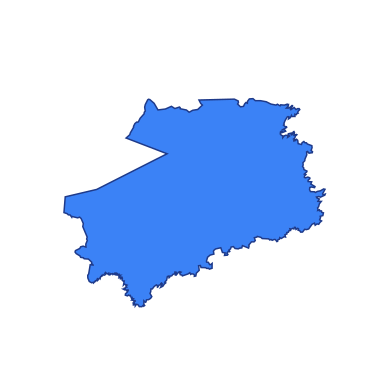 Akyem Mansa, Eastern, Ghana (Equal Earth projection), rotated 234°
{"feature_id": "2480657B32538733435540", "entity_name": "Akyem Mansa", "entity_type": "district", "adm_level": 2, "iso_a3": "GHA", "parent_name": "Ghana", "parent_adm1": "Eastern", "projection": "equal_earth", "projection_center": [-1.143, 6.082], "detail": "fine", "context": "isolated", "style": "filled", "palette": "blue", "viewbox_px": 384, "rotation_deg": 234, "n_neighbors": 0, "source": "geoboundaries", "source_scale": "gbopen_adm2", "svg_char_len": 5977}
<svg xmlns="http://www.w3.org/2000/svg" viewBox="0 0 384 384"><g transform="rotate(234 192 192)"><path d="M128.7,84.0L129.0,85.9L128.0,85.8L128.0,87.0L129.4,87.0L132.3,89.1L130.2,89.5L130.1,90.1L131.5,91.8L130.4,93.6L130.3,96.0L131.0,98.0L134.7,98.4L135.5,99.9L137.7,101.8L136.9,102.9L137.8,105.9L137.8,108.6L136.9,109.0L135.3,108.1L135.2,108.5L136.1,110.7L135.4,111.8L136.3,112.9L136.3,113.9L135.1,114.0L133.3,110.6L132.9,113.1L133.8,115.5L133.9,117.3L135.0,116.9L135.6,119.6L138.1,122.4L137.7,123.7L136.1,123.0L136.1,123.7L137.0,124.4L136.1,126.3L136.6,128.2L136.0,129.7L137.3,131.2L136.3,132.1L134.6,129.8L134.1,130.3L135.0,134.1L134.8,135.2L133.6,136.0L133.5,134.4L132.0,133.9L130.8,135.0L129.8,134.9L128.0,140.7L128.0,142.8L126.1,142.5L126.0,143.7L124.6,145.0L123.5,145.2L122.4,144.3L121.8,145.7L123.8,147.8L124.4,151.8L128.5,154.0L127.6,155.6L125.6,154.9L122.8,158.5L121.5,159.0L120.5,160.5L119.4,160.7L118.5,163.4L122.4,166.3L122.3,164.6L122.9,163.6L125.5,163.9L126.7,162.6L127.6,163.1L130.1,166.3L130.3,169.6L128.9,173.2L131.4,174.5L131.9,175.2L132.1,177.5L130.0,182.5L125.2,181.1L123.2,183.0L121.6,181.0L120.1,183.5L120.4,184.4L122.0,184.3L122.7,186.7L121.8,186.9L121.7,187.6L123.4,188.0L123.3,189.7L124.5,191.3L123.5,193.4L121.0,193.6L118.8,196.0L118.6,197.4L117.5,199.4L119.0,201.3L113.4,204.8L114.8,206.5L115.7,206.7L116.7,210.8L115.2,212.9L115.5,214.6L118.4,215.6L117.4,218.0L117.7,218.7L114.8,221.1L113.1,221.4L109.0,226.5L107.5,226.7L107.2,228.0L105.8,228.5L105.3,230.6L104.5,231.5L102.0,231.5L101.8,232.3L102.5,232.7L102.8,233.7L102.4,235.1L103.5,236.2L101.9,237.0L101.7,240.3L100.6,241.2L102.8,242.1L102.3,244.2L103.5,244.9L102.8,246.4L103.7,247.8L103.0,249.1L104.7,249.6L103.6,250.6L103.4,252.1L102.2,252.7L103.2,254.1L102.6,254.8L100.6,254.1L100.5,256.2L99.5,256.5L98.7,255.4L97.4,256.4L95.7,256.3L94.6,257.9L95.6,261.2L94.3,262.5L93.5,264.7L95.3,270.1L94.8,272.8L92.7,272.1L92.7,274.4L91.4,275.5L92.2,277.6L92.4,279.8L94.5,278.9L95.8,281.0L97.0,281.4L96.0,284.0L97.9,286.1L99.3,285.0L100.6,285.6L101.8,284.1L102.7,284.6L103.2,282.9L103.8,283.7L105.3,284.2L105.7,285.8L107.6,288.1L108.4,291.1L110.4,288.4L111.5,290.9L113.6,289.6L114.8,289.7L113.8,292.0L112.3,292.9L111.4,297.6L112.0,298.5L112.6,296.4L113.8,296.6L116.0,301.2L117.1,300.3L117.5,296.6L118.8,293.7L119.1,291.5L120.2,291.2L122.7,288.1L124.7,288.4L126.4,289.9L125.9,291.5L123.5,293.7L124.1,294.7L128.6,292.8L129.9,294.8L132.2,292.1L133.3,292.8L133.5,295.2L134.3,295.6L136.0,294.5L136.8,292.1L137.7,291.5L138.9,292.5L139.1,294.3L140.5,293.4L140.8,296.6L141.3,297.3L144.4,295.7L146.0,296.6L147.6,296.4L148.5,297.8L150.5,299.0L151.0,301.6L152.2,302.7L154.6,306.7L157.1,308.3L156.9,309.3L154.6,309.5L153.1,312.4L153.8,313.2L155.5,312.7L157.3,315.2L159.0,316.2L163.1,313.5L164.5,313.5L165.5,312.3L167.1,312.2L167.2,310.1L166.1,308.5L168.7,306.3L171.7,307.9L173.2,307.6L172.9,305.5L173.5,304.4L173.9,304.7L174.1,306.0L175.2,305.4L175.3,307.0L176.5,308.5L176.7,310.5L177.2,310.3L178.0,307.9L180.0,309.9L181.0,310.0L181.1,309.3L180.1,308.3L179.5,306.3L180.0,306.0L180.4,307.3L181.0,307.6L182.5,304.2L182.0,303.6L179.9,303.8L180.0,301.5L181.2,302.8L182.8,301.3L183.2,299.7L182.6,297.4L184.1,298.5L185.1,297.7L187.0,297.5L188.6,298.9L188.7,300.3L188.2,300.7L187.8,299.5L187.2,299.4L186.1,303.5L187.4,303.6L189.1,302.3L188.6,306.5L189.3,306.8L190.0,305.9L192.3,305.3L192.7,306.5L193.5,306.7L195.1,309.3L196.7,313.0L196.6,314.0L195.9,314.6L194.4,313.0L194.3,314.9L195.4,317.4L194.5,317.0L192.6,319.7L194.4,320.9L193.3,321.7L193.7,322.7L193.4,324.2L194.2,324.2L194.9,325.3L195.3,327.6L196.5,327.7L197.4,326.4L197.6,324.6L200.3,324.3L200.5,320.3L201.4,320.3L202.4,323.9L202.8,324.1L203.2,323.7L202.9,321.5L203.3,319.1L204.4,317.7L204.9,320.4L206.1,321.5L206.8,320.1L207.2,320.4L208.0,317.8L210.4,315.0L209.9,314.2L210.3,313.7L212.8,312.7L213.0,311.0L216.8,307.5L221.4,305.1L225.6,301.1L228.7,296.9L231.7,296.2L233.6,293.1L232.7,290.1L231.3,289.0L232.7,288.2L232.3,286.3L231.0,284.0L232.4,281.3L236.4,280.6L237.0,282.1L238.5,282.9L242.2,280.9L262.3,251.7L258.5,251.1L256.2,251.5L255.4,245.1L257.7,240.6L258.2,236.6L261.6,235.7L266.3,231.4L267.2,232.0L268.1,231.8L269.6,227.2L273.4,225.7L274.8,219.2L278.4,212.7L286.0,213.5L291.6,212.2L292.6,211.3L292.6,210.3L290.2,205.6L288.5,203.6L284.9,201.7L284.6,200.3L283.4,199.2L282.1,193.3L280.5,190.3L280.3,189.2L281.1,188.3L280.9,186.0L279.5,183.3L278.7,182.8L276.1,176.9L274.9,175.3L274.4,170.4L237.6,194.3L250.1,116.4L262.6,86.6L250.6,76.3L247.8,78.3L246.2,78.5L245.1,79.9L242.3,79.9L242.8,80.5L238.3,84.3L237.7,86.3L235.7,86.7L230.3,85.5L228.2,83.3L217.1,80.7L215.9,79.1L214.4,78.9L212.3,75.5L209.8,73.8L212.2,72.1L213.1,69.7L212.3,68.0L213.1,63.3L212.2,62.1L210.2,62.1L206.2,63.8L204.6,63.5L202.6,65.5L201.4,65.5L198.6,68.8L194.2,69.6L193.2,68.7L191.4,69.1L191.1,69.0L193.0,66.9L186.5,60.3L185.9,58.7L183.7,57.2L180.0,56.3L177.6,57.4L176.9,59.1L176.3,58.9L176.6,60.7L175.9,61.0L176.8,61.0L177.0,61.6L176.4,63.4L175.9,63.2L176.0,64.0L176.9,63.5L177.5,64.6L176.4,65.2L176.6,66.7L175.9,66.7L177.2,68.3L176.9,69.3L177.6,69.8L176.9,70.5L177.4,71.5L176.3,72.1L176.1,73.3L176.7,74.2L177.4,73.7L177.8,74.7L175.6,75.2L175.3,77.1L174.9,77.0L174.7,76.0L173.6,76.2L173.1,77.4L173.7,78.3L172.9,78.8L172.7,79.7L171.7,79.5L171.8,81.8L171.4,82.4L170.8,81.0L170.3,81.2L170.3,83.5L168.9,83.9L169.6,82.9L169.2,82.2L168.0,83.6L168.0,84.5L167.4,84.1L166.7,85.1L166.7,83.4L166.3,82.9L165.3,84.1L165.1,83.0L164.5,84.1L163.9,83.5L163.9,85.2L163.0,84.9L162.1,83.7L160.2,84.0L159.8,84.8L157.0,81.9L157.2,83.2L154.9,84.7L154.9,83.4L153.4,83.3L153.9,82.2L153.4,81.3L154.0,80.6L153.6,79.9L153.9,79.3L152.3,80.1L152.3,81.1L150.7,81.0L150.5,82.7L149.9,82.6L149.0,80.8L148.7,78.3L147.7,77.4L145.9,78.7L145.9,80.2L144.8,80.5L144.6,81.3L141.6,80.6L141.6,81.3L141.0,80.8L140.2,81.7L140.0,79.7L137.9,81.8L137.5,80.8L137.2,82.6L136.9,80.4L135.6,79.7L136.2,78.9L135.1,78.2L134.4,80.1L133.2,79.2L133.8,81.0L132.7,82.0L130.2,82.0L128.7,84.0Z" fill="#3b82f6" stroke="#1e3a8a" stroke-width="1.5"/></g></svg>